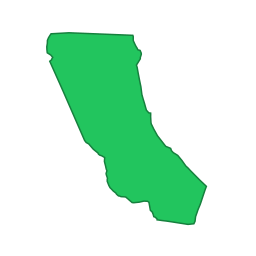 the district of Santiago Nundiche, Oaxaca, Mexico, rotated 82°
{"feature_id": "50627088B34131206486621", "entity_name": "Santiago Nundiche", "entity_type": "district", "adm_level": 2, "iso_a3": "MEX", "parent_name": "Mexico", "parent_adm1": "Oaxaca", "projection": "robinson", "projection_center": [-97.69, 17.338], "detail": "fine", "context": "isolated", "style": "filled", "palette": "green", "viewbox_px": 256, "rotation_deg": 82, "n_neighbors": 0, "source": "geoboundaries", "source_scale": "gbopen_adm2", "svg_char_len": 1628}
<svg xmlns="http://www.w3.org/2000/svg" viewBox="0 0 256 256"><g transform="rotate(82 128 128)"><path d="M196.7,58.5L189.8,64.0L178.8,72.2L176.0,74.1L173.6,76.1L167.9,79.0L162.0,82.6L158.7,86.6L156.5,88.1L154.1,88.6L151.4,93.2L139.8,99.9L132.5,102.7L128.7,103.9L127.3,104.4L125.8,104.5L119.9,104.0L118.1,103.7L116.4,103.5L115.9,105.3L112.9,107.3L109.4,107.8L106.3,108.2L101.3,109.0L96.8,109.6L88.9,109.5L82.8,109.9L74.9,110.3L69.2,110.5L66.9,110.9L61.2,106.2L59.9,106.0L57.0,104.6L56.3,104.5L55.6,104.5L52.9,105.2L52.5,106.0L52.2,107.0L51.7,107.4L50.8,107.7L49.9,108.0L48.4,108.7L46.7,109.3L42.7,110.5L41.7,110.6L39.0,110.2L38.0,110.1L36.9,110.3L25.5,173.2L24.0,191.1L25.0,192.0L27.5,194.1L30.0,195.6L32.9,196.1L36.2,197.1L39.1,197.4L42.3,197.5L44.9,194.4L47.5,192.7L49.0,193.8L50.0,194.4L51.0,196.2L81.9,187.3L134.3,172.7L136.6,171.4L137.1,170.7L138.3,169.1L144.2,165.3L148.6,161.2L149.7,160.9L150.9,159.8L151.8,158.0L154.0,155.2L157.7,156.0L159.1,155.9L159.9,155.8L162.5,155.5L165.2,155.3L166.0,155.2L167.4,154.8L169.9,156.0L171.2,156.0L174.9,155.3L175.9,155.7L177.9,156.0L182.1,155.0L184.6,154.1L187.0,152.3L188.2,151.5L190.7,149.1L191.9,148.6L193.9,146.9L194.2,145.8L195.0,144.5L195.7,141.0L196.0,139.9L202.4,134.3L202.8,132.7L203.0,127.1L202.6,122.4L203.3,118.8L204.5,117.6L212.6,117.3L214.6,115.7L217.0,115.1L219.4,114.8L220.0,113.6L222.0,111.9L223.0,112.0L223.5,110.1L224.3,107.4L225.6,102.5L226.8,98.5L227.0,97.8L231.8,82.0L232.0,76.1L229.7,74.6L225.1,73.4L224.4,73.0L221.3,71.4L218.7,70.1L216.5,68.8L214.0,67.3L211.5,66.0L206.6,63.6L199.8,60.2L196.7,58.5Z" fill="#22c55e" stroke="#15803d" stroke-width="1.5"/></g></svg>